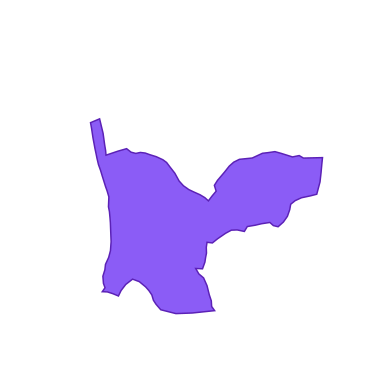 Maracanaú, Ceará, Brazil, rotated 238°
{"feature_id": "56859067B10151614231833", "entity_name": "Maracanaú", "entity_type": "district", "adm_level": 2, "iso_a3": "BRA", "parent_name": "Brazil", "parent_adm1": "Ceará", "projection": "orthographic", "projection_center": [-38.623, -3.885], "detail": "fine", "context": "isolated", "style": "filled", "palette": "violet", "viewbox_px": 384, "rotation_deg": 238, "n_neighbors": 0, "source": "geoboundaries", "source_scale": "gbopen_adm2", "svg_char_len": 1648}
<svg xmlns="http://www.w3.org/2000/svg" viewBox="0 0 384 384"><g transform="rotate(238 192 192)"><path d="M79.4,148.3L84.5,148.0L89.5,150.7L95.7,152.2L104.6,155.1L113.0,156.3L118.9,154.4L125.2,154.6L121.3,160.2L125.7,165.8L129.1,168.7L132.5,171.9L137.5,174.8L141.4,178.1L138.0,182.3L138.8,189.1L139.0,194.0L139.2,198.5L138.8,205.1L135.9,210.2L130.8,215.5L133.4,220.6L130.3,228.1L128.3,234.0L124.9,241.9L120.4,243.2L116.9,246.6L118.1,253.6L120.8,260.0L125.2,265.5L129.3,269.2L130.0,274.9L129.1,281.8L126.0,290.3L124.0,296.6L132.7,305.9L139.9,311.6L147.0,317.0L152.0,320.9L161.7,304.5L166.1,302.2L168.5,295.8L177.5,288.1L182.3,283.7L185.2,277.1L187.5,272.3L188.9,261.1L194.6,249.5L195.2,243.2L194.2,237.3L191.7,230.3L190.1,225.3L188.4,219.9L185.8,214.5L179.9,212.9L178.0,207.0L175.8,201.2L180.4,199.9L185.5,197.3L191.3,193.4L195.7,190.6L201.9,188.0L208.2,186.9L217.0,187.4L224.7,186.6L230.5,186.1L234.8,184.4L240.9,180.4L246.0,176.0L249.8,173.0L252.9,169.2L254.5,164.8L258.1,161.4L263.4,159.5L265.9,150.8L268.8,138.6L272.9,140.7L278.2,142.9L288.9,147.7L294.9,149.7L303.0,152.4L304.6,142.7L299.1,140.5L290.1,136.6L286.0,135.0L280.2,132.7L275.5,131.0L271.0,129.3L264.8,127.2L258.8,125.9L252.9,124.3L247.5,122.9L242.6,121.6L238.0,120.6L231.9,118.9L223.7,113.3L219.2,111.6L213.6,108.8L209.2,106.5L201.7,102.2L192.8,97.1L185.5,91.8L180.7,86.7L176.5,80.3L172.2,76.9L167.8,71.8L161.5,68.5L156.9,67.5L155.0,63.1L152.1,67.3L147.7,71.0L142.8,74.5L146.0,79.6L148.7,86.8L149.6,95.4L143.9,99.8L136.1,102.4L131.2,103.2L126.0,103.4L120.6,101.9L115.8,102.0L108.7,103.1L97.4,113.9L89.2,128.2L79.4,148.3Z" fill="#8b5cf6" stroke="#5b21b6" stroke-width="1.5"/></g></svg>